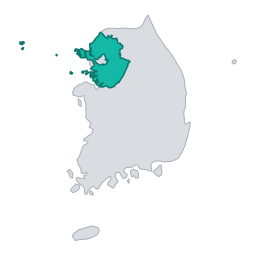 location of Gyeonggi within South Korea
{"feature_id": "KOR-2498", "entity_name": "Gyeonggi", "entity_type": "Province", "adm_level": 1, "iso_a3": "KOR", "parent_name": "South Korea", "parent_adm1": "", "projection": "robinson", "projection_center": [126.66, 37.546], "detail": "fine", "context": "in_parent", "style": "filled", "palette": "teal", "viewbox_px": 256, "rotation_deg": 0, "n_neighbors": 0, "source": "natural_earth", "source_scale": "10m", "svg_char_len": 8186}
<svg xmlns="http://www.w3.org/2000/svg" viewBox="0 0 256 256"><path d="M88.9,50.3L89.9,49.5L90.0,48.4L90.0,44.7L93.0,42.1L97.2,36.8L99.3,33.9L101.7,31.3L104.4,29.5L107.2,28.6L111.4,28.2L119.6,28.6L121.2,28.3L126.8,28.0L128.2,28.5L132.3,28.8L136.9,28.4L139.1,27.6L141.3,26.3L143.1,23.9L145.0,19.5L147.0,16.0L148.2,15.4L156.7,33.9L164.8,45.9L171.7,54.6L181.6,71.3L184.5,80.3L184.8,85.8L186.5,93.5L185.2,97.8L185.7,104.7L185.1,108.2L183.9,110.9L183.9,115.9L184.4,118.5L184.4,122.1L185.2,123.5L186.3,124.0L188.1,122.7L190.3,122.1L189.9,126.4L187.4,137.2L185.2,145.1L182.2,151.9L178.2,158.2L173.5,160.7L170.2,161.5L163.8,161.9L158.5,160.8L153.9,161.6L152.1,162.9L150.7,165.1L151.7,168.6L151.6,171.1L149.7,171.0L145.8,169.5L141.5,169.3L139.5,168.5L137.5,164.8L135.4,165.0L131.8,167.2L126.3,167.6L124.4,168.8L123.7,170.3L124.5,172.3L127.3,174.8L126.4,177.4L123.5,178.7L121.2,175.5L119.7,172.4L118.1,172.2L115.6,173.1L115.1,176.5L116.2,178.7L118.2,181.4L115.5,184.4L114.8,186.5L112.8,188.1L107.6,184.7L108.3,182.2L110.6,179.8L110.9,177.4L110.1,175.9L102.6,182.1L98.0,189.1L95.5,188.6L94.5,186.8L93.0,186.1L88.0,190.6L87.1,194.2L85.3,194.3L84.5,192.8L84.4,189.6L83.6,186.8L78.4,182.8L76.0,179.4L77.3,177.4L81.6,178.5L85.0,178.3L84.4,176.7L83.3,175.9L85.5,175.0L87.4,173.1L85.9,172.5L83.4,173.6L81.4,173.1L80.7,168.5L78.2,163.9L77.0,159.4L79.4,156.7L80.6,152.7L82.8,146.8L84.0,144.9L87.1,143.6L88.2,142.1L86.5,141.3L83.7,140.6L83.8,138.9L85.7,138.0L87.7,136.1L91.7,133.8L93.0,129.6L91.8,128.5L89.3,127.5L89.9,125.3L90.9,123.7L90.5,122.7L87.6,119.9L85.6,117.3L86.2,114.5L85.8,110.1L86.0,106.4L85.9,104.4L84.5,99.9L83.8,95.5L81.9,96.1L80.4,97.2L75.0,95.6L73.3,95.5L72.6,92.2L74.5,88.1L79.1,84.5L81.8,84.0L83.8,82.4L86.9,81.9L90.7,84.4L94.0,84.9L95.9,89.1L97.0,90.0L97.3,88.5L100.0,86.6L100.6,85.3L100.0,84.5L96.9,83.7L94.1,78.5L93.7,76.2L92.7,74.7L94.2,70.5L91.0,65.7L89.4,64.2L89.6,59.9L88.0,57.1L87.0,55.6L86.4,53.0L86.9,51.8L88.4,51.4L88.9,50.3ZM78.1,239.7L76.6,240.6L75.1,240.1L74.7,239.7L73.0,237.3L72.5,236.0L73.7,233.7L78.5,229.9L91.0,226.2L93.2,226.0L98.2,227.6L99.2,230.5L98.3,233.1L97.2,234.8L91.5,237.7L87.0,239.1L78.1,239.7ZM162.0,174.1L158.7,176.7L154.3,173.3L153.2,171.4L156.5,168.6L159.4,165.4L161.2,165.2L162.0,174.1ZM138.5,173.8L138.2,177.9L135.7,178.1L134.2,175.5L132.7,176.8L131.9,176.8L130.6,173.5L130.4,171.0L133.3,169.0L135.0,170.2L137.5,170.8L138.5,173.8ZM74.9,192.0L72.7,192.6L71.5,191.2L70.6,190.8L71.1,188.9L74.7,185.2L75.4,183.9L78.8,184.7L80.0,186.7L78.5,189.6L74.9,192.0ZM85.0,52.2L84.8,57.6L82.9,57.4L81.6,56.9L81.1,55.8L79.8,50.7L81.2,48.6L84.0,50.3L85.0,52.2ZM72.8,176.9L72.3,178.0L70.8,177.7L69.3,174.8L68.7,172.5L67.1,171.3L69.6,169.3L72.7,172.8L72.8,176.9ZM81.4,103.8L80.9,106.5L78.6,104.7L78.0,98.8L80.3,100.5L81.4,103.8ZM235.7,62.9L234.1,64.1L232.3,62.9L232.0,61.6L233.0,60.4L235.2,59.8L236.3,60.8L235.7,62.9ZM93.0,193.1L93.6,195.0L90.8,194.7L89.3,192.8L89.5,191.1L91.1,190.9L93.0,193.1ZM129.3,181.8L128.9,183.1L127.2,181.1L128.9,179.0L129.3,181.8Z" fill="#d9dde1" stroke="#a8b0b8" stroke-width="1"/><path d="M90.0,48.4L89.8,44.8L89.9,43.8L90.4,43.5L91.0,43.5L91.9,43.1L93.2,42.1L96.2,37.8L96.7,37.3L98.1,36.3L98.6,35.6L99.8,32.9L100.2,32.4L100.9,32.7L102.6,33.8L102.9,34.4L103.3,34.7L103.6,35.0L103.8,35.7L104.2,36.3L104.6,36.2L105.0,36.6L106.2,37.6L107.4,38.2L107.9,37.5L107.9,36.1L108.0,35.7L108.5,35.6L108.5,36.0L108.6,36.4L109.3,36.9L110.1,36.7L110.6,36.2L111.1,35.7L111.3,35.5L111.6,35.4L111.9,35.5L112.1,35.7L111.8,36.2L111.5,37.0L111.5,37.8L112.1,38.2L112.6,38.5L113.9,38.8L115.3,38.4L115.9,38.8L116.1,38.7L116.3,38.6L116.6,38.5L116.8,38.7L117.2,39.7L117.3,41.6L117.8,42.7L118.6,43.4L119.5,43.3L120.2,43.3L120.7,44.6L121.3,44.9L122.0,45.0L122.8,46.2L122.6,47.9L122.2,48.4L121.5,48.7L119.8,49.9L119.9,50.5L119.9,51.2L119.7,51.8L120.0,52.5L120.1,53.3L119.1,54.4L119.6,54.9L120.5,54.6L120.5,55.5L120.3,56.3L120.0,57.0L119.9,57.6L120.7,58.3L121.6,58.0L122.5,58.1L123.4,58.7L124.3,59.0L126.2,60.0L127.3,60.2L128.2,60.5L129.0,60.6L129.5,61.0L129.9,61.6L129.5,62.4L128.9,62.6L128.2,63.4L127.8,64.1L128.0,65.1L127.7,66.0L125.6,70.4L124.1,74.0L122.0,77.7L121.8,78.1L121.2,78.5L119.2,82.1L118.4,82.7L118.2,82.5L117.5,82.3L117.0,82.9L116.7,83.6L116.3,84.1L115.4,84.5L114.8,85.1L114.5,86.3L113.4,86.6L111.9,87.3L110.4,87.8L108.7,87.6L107.4,86.5L105.9,85.8L103.1,87.0L101.7,87.0L100.1,86.7L100.6,86.4L101.1,86.1L101.4,85.7L101.7,84.7L101.2,84.1L101.4,83.9L101.8,83.9L102.3,83.7L102.6,83.6L102.8,83.5L102.9,83.0L100.8,83.6L100.5,84.0L100.6,85.3L100.4,85.6L99.6,85.8L98.4,85.7L97.1,84.9L95.9,83.7L95.4,82.6L97.5,82.4L97.5,82.2L97.0,81.9L97.4,81.8L97.7,81.8L98.1,81.9L98.4,82.2L98.2,81.4L97.8,80.7L97.4,79.9L97.7,78.8L97.3,78.6L97.0,79.0L96.8,79.6L96.7,80.3L96.6,81.0L96.2,81.2L95.9,80.9L94.6,81.2L93.0,80.7L93.0,80.2L92.9,79.8L93.0,79.3L92.9,78.6L93.3,77.9L93.8,77.2L94.4,77.0L94.9,76.8L95.8,76.7L96.7,76.5L96.9,76.2L97.0,75.5L96.8,75.3L96.3,75.6L95.6,76.2L95.1,76.1L94.8,75.9L94.6,75.6L94.6,75.0L93.8,75.4L93.2,75.9L91.9,77.2L91.6,77.4L91.2,77.6L90.8,77.6L90.6,77.3L90.6,77.0L90.8,76.6L91.4,75.9L90.4,76.1L90.0,76.0L89.9,75.5L90.1,75.0L90.5,74.8L91.0,74.6L91.4,74.5L91.8,73.9L91.7,73.8L90.7,73.9L90.4,73.7L89.7,72.2L89.8,72.1L90.2,71.9L90.4,72.1L90.8,72.0L91.5,71.9L92.0,72.0L92.5,72.3L92.9,72.4L93.4,72.2L93.4,72.6L93.4,73.1L93.6,73.4L93.9,73.6L94.3,73.5L94.5,73.1L94.6,72.2L95.2,71.4L95.7,71.4L96.2,71.7L97.0,71.6L96.8,71.3L96.6,71.0L96.3,70.9L96.0,70.8L95.5,70.8L95.3,70.5L94.8,70.4L94.4,70.5L94.0,70.5L93.3,70.4L92.3,70.0L90.8,68.9L90.7,68.5L91.4,67.5L91.8,67.1L92.9,66.8L93.6,66.3L94.1,65.4L94.4,64.4L94.1,63.8L93.5,63.5L93.2,62.7L93.2,61.7L91.1,59.8L87.8,59.9L87.4,59.0L86.7,57.9L86.3,57.5L86.3,57.0L86.2,56.1L85.8,54.8L85.3,51.4L85.5,50.9L85.9,50.8L87.8,51.4L88.4,51.3L88.9,51.1L89.4,51.0L89.8,51.3L90.0,51.8L90.0,52.5L90.0,53.3L89.8,53.9L89.8,54.8L90.8,55.7L92.2,56.2L93.0,56.3L92.4,55.6L90.4,54.3L91.0,52.8L91.1,51.9L91.0,51.3L90.7,50.6L90.6,49.8L90.8,49.0L91.1,48.3L90.9,48.0L90.5,48.0L90.0,48.4ZM105.4,59.9L105.7,58.7L105.7,57.7L105.3,56.8L105.1,55.5L104.5,54.5L103.3,54.4L102.2,54.6L101.5,55.3L101.0,56.3L100.2,57.3L98.7,57.4L98.5,58.1L98.4,58.8L97.7,59.2L96.9,59.5L95.8,58.8L94.8,58.8L94.3,59.8L95.1,60.8L95.8,61.7L96.0,62.9L96.7,63.4L97.7,63.6L98.7,64.9L100.2,65.0L100.8,64.9L101.4,64.5L102.2,64.3L103.1,64.1L103.5,65.0L104.5,64.5L105.5,64.2L106.4,63.7L106.7,63.2L107.3,62.4L107.0,62.1L107.0,61.4L107.5,61.0L108.0,60.8L108.1,60.2L107.8,59.6L107.1,59.6L106.3,59.9L105.4,59.9ZM84.5,58.0L84.3,58.0L84.1,57.9L83.7,57.5L83.4,57.4L83.0,57.7L81.2,57.8L80.5,57.5L79.8,56.5L80.9,56.3L81.1,56.1L81.4,55.7L81.2,55.4L81.0,55.1L79.8,52.9L79.7,52.6L79.8,52.1L79.8,50.1L79.9,49.7L80.3,49.6L81.1,48.7L81.7,48.5L82.3,48.9L82.8,49.5L83.3,49.9L84.4,50.5L84.8,50.9L85.0,51.6L85.0,51.9L84.8,52.5L84.7,52.7L84.8,53.0L85.1,53.6L85.2,53.9L85.3,55.4L85.2,55.7L85.4,55.9L85.7,56.5L85.3,56.8L84.9,57.7L84.5,58.0ZM23.8,42.0L24.2,42.5L24.1,43.1L23.6,43.4L23.0,43.1L22.1,43.1L21.9,43.2L21.9,43.6L22.3,43.8L22.7,43.9L22.9,44.0L22.2,44.6L20.8,44.4L19.7,43.5L20.1,42.0L21.0,42.3L22.9,41.7L23.8,42.0ZM77.3,49.4L77.9,49.4L78.6,49.5L78.9,49.9L78.6,50.6L78.0,51.1L77.3,51.2L75.9,50.9L75.2,51.2L74.8,51.2L74.7,50.7L75.2,49.4L75.6,49.0L76.1,48.9L76.6,49.1L77.3,49.4ZM78.9,53.5L79.8,54.2L80.1,54.6L80.2,55.0L79.8,55.4L79.1,55.5L76.8,53.7L77.1,53.5L77.2,53.1L77.4,52.3L77.5,52.1L77.9,51.8L78.1,51.7L78.2,51.8L78.3,51.9L78.5,53.0L78.7,53.3L78.9,53.5ZM88.2,72.1L88.3,72.7L88.2,73.1L86.4,74.4L85.6,74.5L85.6,74.3L86.0,73.8L86.0,73.5L85.9,73.3L86.3,72.8L86.3,72.3L86.2,71.7L85.9,71.3L85.7,71.0L85.7,70.9L86.3,71.2L86.8,70.8L86.8,71.2L86.9,71.5L87.3,71.7L88.0,72.0L88.2,72.1ZM83.7,71.2L84.1,71.4L84.2,71.9L84.0,72.1L83.7,72.2L83.5,72.5L83.2,73.1L82.8,73.1L82.6,73.0L82.3,73.0L82.0,72.8L82.0,72.3L82.0,71.8L82.3,71.4L82.9,71.1L83.7,71.2ZM70.6,73.3L70.3,73.4L70.1,73.4L70.2,72.5L70.4,72.0L70.7,71.6L71.0,71.8L71.2,72.2L71.4,72.4L72.3,72.8L72.6,73.1L72.4,73.4L72.0,73.8L71.7,73.9L71.3,74.0L70.9,73.8L70.6,73.3ZM23.2,47.6L23.5,47.7L23.5,48.0L23.1,49.1L22.9,49.3L22.6,49.3L22.4,49.3L22.2,49.5L22.1,49.4L21.7,48.8L21.8,48.5L22.4,48.1L23.0,47.6L23.2,47.6ZM56.5,54.5L56.8,54.6L57.1,54.8L57.0,55.3L56.6,55.6L56.4,55.7L56.1,54.9L56.2,54.6L56.5,54.5Z" fill="#14b8a6" stroke="#0f766e" stroke-width="1.5"/></svg>